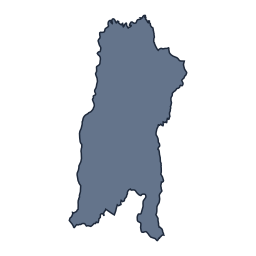 outline of Útica, Cundinamarca, Colombia
{"feature_id": "7082276B79579066733187", "entity_name": "Útica", "entity_type": "district", "adm_level": 2, "iso_a3": "COL", "parent_name": "Colombia", "parent_adm1": "Cundinamarca", "projection": "equal_earth", "projection_center": [-74.472, 5.191], "detail": "fine", "context": "isolated", "style": "filled", "palette": "slate", "viewbox_px": 256, "rotation_deg": 0, "n_neighbors": 0, "source": "geoboundaries", "source_scale": "gbopen_adm2", "svg_char_len": 5792}
<svg xmlns="http://www.w3.org/2000/svg" viewBox="0 0 256 256"><path d="M108.8,21.2L108.3,22.1L108.1,23.2L108.1,24.6L108.5,25.7L108.5,26.1L108.0,26.8L105.5,28.5L105.1,29.0L104.5,31.5L104.1,31.9L103.5,32.2L102.1,32.4L100.4,32.3L99.7,32.9L99.7,34.8L100.1,36.7L100.0,37.3L99.7,38.4L98.7,39.3L98.1,40.8L99.3,44.9L100.7,47.4L100.8,48.8L100.2,51.4L100.1,51.6L98.6,51.9L97.8,52.6L97.3,53.4L98.2,54.8L99.4,55.8L100.2,57.2L100.4,58.2L100.4,59.8L100.2,60.6L99.9,63.5L99.7,64.1L98.7,65.2L96.7,66.6L96.5,67.1L96.6,69.4L96.6,71.4L95.6,73.5L95.7,74.5L97.1,78.3L97.4,80.9L97.4,81.8L96.7,84.3L96.5,85.8L96.1,87.6L94.7,90.2L94.7,91.7L95.5,93.2L95.6,94.4L95.3,94.9L93.5,95.8L93.3,96.3L93.4,98.0L92.8,98.7L92.5,99.4L92.7,100.3L94.1,103.8L94.3,105.7L94.2,106.4L93.5,107.8L93.0,109.3L91.5,111.1L90.6,111.9L88.6,112.8L88.1,113.5L85.4,115.1L84.1,116.5L83.2,118.2L82.6,121.0L82.2,121.7L82.2,124.1L81.2,128.4L79.9,131.3L79.5,133.5L79.7,137.8L80.2,141.9L81.1,143.7L81.7,144.2L81.8,145.2L81.7,147.4L81.3,148.8L81.0,151.1L81.3,153.2L81.5,158.5L80.9,161.6L78.9,166.0L78.9,167.5L78.4,170.2L77.2,173.1L77.1,174.9L78.1,180.8L78.6,181.7L79.1,183.3L80.7,185.7L80.4,191.7L79.4,195.4L79.5,197.2L78.8,198.4L78.8,199.5L78.3,200.1L78.1,202.2L78.2,205.2L78.1,209.3L77.1,210.2L76.7,211.2L76.1,211.7L73.8,212.9L72.5,212.4L72.5,212.6L72.7,213.1L72.7,213.9L72.2,215.3L71.4,216.9L70.2,217.8L69.8,218.7L69.3,220.5L72.1,224.0L73.3,226.0L73.5,226.9L74.0,227.5L74.4,227.5L76.2,225.1L76.8,224.6L78.0,225.0L79.7,224.4L80.7,224.5L82.1,223.6L83.0,223.5L84.2,223.5L84.8,223.8L86.4,226.0L87.1,225.8L88.3,225.7L90.8,226.4L92.3,225.3L94.0,223.5L95.4,223.5L96.2,222.1L96.4,222.1L97.0,222.6L98.2,222.5L98.8,220.1L98.9,218.9L100.3,217.4L100.4,214.6L100.7,214.2L101.8,213.6L102.3,213.6L103.4,214.5L103.9,215.9L104.0,215.2L103.6,213.3L104.5,211.4L105.3,210.6L105.7,209.2L111.8,213.4L114.3,214.9L115.7,211.0L116.2,208.7L117.3,204.9L117.8,205.4L118.6,205.7L121.0,204.5L120.7,202.5L121.2,200.4L122.6,201.6L124.3,200.8L124.7,198.8L126.3,196.9L126.6,196.0L126.7,195.2L127.4,193.8L127.4,192.3L127.8,191.2L129.0,189.7L130.5,189.1L130.8,189.8L131.3,190.1L133.9,189.9L135.0,190.3L135.5,190.8L136.8,192.7L138.7,194.6L140.0,195.3L140.7,195.5L141.1,195.4L141.7,194.6L142.4,194.2L143.2,194.1L144.7,194.2L145.2,194.5L145.6,195.1L145.9,196.5L145.7,197.5L143.7,200.3L143.2,201.2L143.0,203.3L143.1,206.2L142.9,207.1L141.2,213.1L141.0,213.6L140.3,214.0L138.6,214.0L138.2,214.3L137.5,215.8L137.2,217.1L137.3,219.7L137.4,220.4L137.7,221.0L138.1,221.5L140.4,222.7L140.8,223.3L140.9,224.6L140.6,227.6L141.1,230.7L141.6,231.9L142.2,232.2L143.3,232.3L145.1,231.7L146.0,231.7L146.5,231.9L148.2,233.8L149.3,235.5L150.8,237.1L155.2,238.6L156.8,240.4L157.2,240.6L157.8,240.2L157.8,240.3L158.4,238.9L159.2,238.4L159.0,238.2L159.1,237.9L160.5,236.9L161.7,235.5L162.8,234.9L163.8,235.1L163.5,234.2L163.4,233.3L163.0,232.6L162.6,231.4L162.5,230.4L162.0,229.2L161.5,228.5L160.3,227.7L160.1,227.3L159.2,227.2L159.2,226.7L158.8,226.0L158.5,225.0L158.6,223.8L158.0,220.6L158.0,218.3L156.8,216.3L155.9,214.6L156.5,213.2L156.8,211.4L156.9,206.7L157.9,204.5L159.0,202.8L159.3,201.7L159.7,199.0L159.3,195.5L159.4,194.8L159.9,193.7L161.9,191.0L161.2,188.6L161.1,187.2L160.8,186.3L160.8,185.6L161.4,182.5L161.4,182.1L162.1,182.2L162.8,181.8L163.3,181.3L163.5,180.5L162.4,176.8L160.8,174.1L161.2,172.5L161.3,171.1L161.2,167.6L161.0,166.9L161.2,165.5L161.0,164.4L161.1,163.4L160.4,161.7L160.2,157.6L159.5,154.6L159.2,151.5L158.8,150.0L158.0,149.5L157.9,149.2L158.3,147.8L158.8,147.0L159.5,146.4L159.7,145.4L159.4,143.8L158.3,142.1L158.3,140.8L158.0,138.6L157.1,136.5L156.2,135.1L156.0,134.0L156.1,132.4L156.9,128.8L158.1,126.4L158.2,125.1L158.4,124.8L159.5,125.3L160.8,124.2L162.3,125.6L163.0,125.7L163.3,124.9L163.1,123.3L163.2,121.9L164.6,122.5L165.7,122.0L166.2,122.6L166.6,122.6L166.8,122.1L166.9,120.2L167.4,118.4L167.8,118.5L167.8,119.2L168.1,119.4L169.2,118.9L169.2,117.8L169.9,116.5L169.5,114.2L169.5,112.8L170.3,110.9L170.3,109.4L170.7,108.2L170.6,107.1L170.4,106.5L170.9,105.6L171.5,102.8L171.4,102.2L171.0,100.7L170.9,98.6L171.2,97.2L172.1,95.8L172.3,94.8L172.3,93.3L174.0,91.5L175.4,90.6L176.6,88.8L177.2,88.4L178.1,88.3L179.4,87.5L179.8,86.7L179.9,86.0L180.2,85.5L180.6,85.3L181.2,85.6L182.1,85.7L182.8,84.8L183.0,83.7L183.0,83.1L181.7,80.4L182.6,79.2L183.9,78.1L184.7,76.1L185.7,75.3L186.0,74.7L186.7,72.9L186.6,72.3L184.6,69.2L183.8,66.4L183.5,64.8L183.6,63.8L184.3,61.1L180.7,61.0L179.8,60.7L179.0,60.0L178.0,58.6L176.9,57.7L173.0,56.1L171.2,54.9L169.9,53.5L169.4,52.7L168.8,49.6L168.8,48.1L168.5,47.8L167.1,48.4L165.1,48.4L162.9,48.9L161.6,48.4L160.5,48.5L159.1,49.3L158.2,50.3L157.1,49.0L155.5,46.0L154.4,43.4L154.4,42.8L153.7,41.8L153.8,38.7L154.4,37.1L154.0,34.7L154.0,33.4L153.7,32.5L153.5,31.0L153.2,30.3L153.3,30.0L153.1,28.8L152.7,27.6L151.7,27.3L150.5,25.5L150.3,23.6L149.4,22.7L149.4,21.0L148.9,20.8L148.2,21.1L148.1,21.3L148.7,22.5L148.5,22.8L148.3,22.8L147.7,22.3L146.6,20.1L145.6,19.3L145.8,17.8L145.8,17.2L145.6,17.1L144.9,17.5L144.7,17.2L145.3,15.9L145.4,15.7L145.2,15.4L144.2,15.4L143.6,15.7L142.8,16.6L142.3,17.8L142.0,18.0L140.8,17.8L140.3,17.9L140.2,17.9L140.8,18.7L140.9,18.9L140.7,19.2L138.4,19.5L137.5,19.9L137.0,20.5L136.1,22.7L135.7,23.0L134.0,23.3L132.1,22.0L131.1,22.1L130.0,23.7L129.4,25.1L129.6,25.3L130.9,25.3L131.2,25.6L131.2,25.9L129.7,27.2L128.7,27.2L128.2,28.0L128.0,27.9L127.2,26.4L126.6,25.5L126.5,23.4L126.2,23.1L125.7,23.3L125.2,23.9L124.7,24.5L123.8,26.4L123.3,26.8L123.1,26.4L123.0,24.8L122.6,23.4L122.1,23.7L121.5,24.8L121.1,24.8L118.9,23.2L118.5,22.3L118.7,21.8L118.6,21.5L117.4,21.1L116.6,22.8L116.3,22.9L115.4,21.4L114.9,20.2L114.3,19.4L113.6,18.9L112.6,19.0L112.3,19.3L112.0,19.8L111.8,20.6L112.0,21.7L112.4,23.3L112.2,23.6L111.7,23.0L111.0,22.5L111.0,20.6L110.1,20.4L108.8,21.2Z" fill="#64748b" stroke="#1e293b" stroke-width="1.5"/></svg>